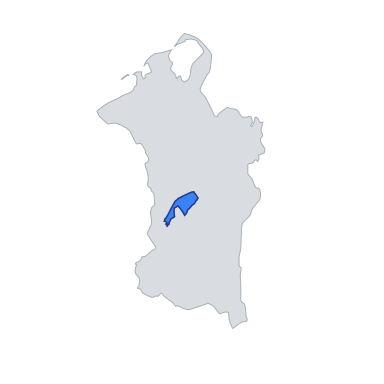 Babadayhan, Ahal, Turkmenistan shown in context, rotated 58°
{"feature_id": "10190150B42989304972975", "entity_name": "Babadayhan", "entity_type": "district", "adm_level": 2, "iso_a3": "TKM", "parent_name": "Turkmenistan", "parent_adm1": "Ahal", "projection": "albers", "projection_center": [60.205, 38.26], "detail": "fine", "context": "in_parent", "style": "filled", "palette": "blue", "viewbox_px": 384, "rotation_deg": 58, "n_neighbors": 0, "source": "geoboundaries", "source_scale": "gbopen_adm2", "svg_char_len": 4835}
<svg xmlns="http://www.w3.org/2000/svg" viewBox="0 0 384 384"><g transform="rotate(58 192 192)"><path d="M119.5,130.4L134.8,131.9L139.4,132.7L141.5,130.6L141.4,130.0L140.7,129.5L139.6,127.9L138.9,117.5L140.3,116.1L141.9,115.1L144.2,111.9L145.4,110.9L147.1,110.1L152.9,110.1L155.4,109.5L157.6,105.8L158.0,103.7L159.7,102.0L160.5,102.1L164.4,103.6L165.3,104.4L166.5,107.1L168.0,107.0L168.2,106.5L168.1,105.9L167.0,104.2L164.6,101.1L162.2,99.1L162.1,98.5L164.1,97.0L168.2,97.7L169.3,97.2L170.4,94.8L175.7,100.4L176.7,101.0L181.1,101.8L181.8,102.5L183.2,105.8L184.7,106.6L186.5,107.2L194.3,107.4L196.7,109.5L197.1,110.1L196.6,111.6L196.5,114.5L195.8,115.6L196.2,116.1L199.0,117.3L200.6,119.2L200.8,120.0L200.3,120.5L199.0,120.2L198.4,121.1L198.4,122.6L199.3,124.0L199.6,125.3L198.2,128.3L198.2,129.6L198.6,130.3L205.7,134.8L206.8,135.0L213.6,134.1L214.9,134.6L220.9,135.6L222.5,135.4L223.7,133.9L224.7,133.3L225.8,133.3L228.6,134.2L231.6,136.1L233.7,137.8L234.7,139.4L237.6,148.2L239.5,151.8L241.7,153.7L243.2,157.1L244.7,164.6L245.6,166.2L248.9,169.1L266.2,180.9L271.5,186.2L279.6,191.2L282.5,190.5L289.0,195.8L293.1,197.8L298.4,200.9L309.6,208.0L311.9,208.2L314.4,206.9L316.7,207.4L320.9,209.2L325.5,211.8L329.3,212.6L330.4,213.8L330.5,214.5L328.7,218.4L328.7,223.2L329.4,229.6L328.3,229.8L320.8,228.5L313.6,224.9L312.0,226.3L311.3,227.7L309.8,233.3L300.4,234.2L295.0,237.2L290.7,255.4L289.7,257.7L286.7,260.8L281.3,263.9L280.5,265.1L280.4,266.2L279.7,266.6L276.6,266.7L265.2,271.0L262.6,271.1L261.6,271.5L261.2,272.2L262.6,275.7L261.6,276.8L260.9,278.6L260.4,281.8L252.8,286.8L251.2,287.5L248.1,287.1L246.5,287.6L244.9,289.2L244.1,288.8L243.7,287.2L242.9,286.2L238.0,282.4L232.5,283.1L230.4,282.8L228.8,282.2L226.2,279.9L224.6,277.8L222.9,278.1L222.4,277.1L222.3,275.9L222.8,274.5L222.6,271.8L221.6,269.8L220.5,269.0L221.7,265.8L221.7,263.5L220.9,261.0L220.5,257.3L220.7,253.7L219.7,252.0L203.7,252.2L197.9,243.8L195.6,241.8L187.7,238.3L185.6,236.4L183.8,234.3L183.4,231.4L182.5,229.7L181.3,229.5L175.2,226.1L172.7,225.2L169.3,226.0L167.3,225.0L165.0,226.2L164.0,226.3L161.5,225.4L158.4,222.4L155.9,221.1L150.5,219.0L146.7,218.3L143.3,217.1L143.0,216.7L143.0,214.1L142.5,213.0L141.6,211.8L140.3,210.8L134.5,210.7L131.9,209.6L129.8,209.4L125.2,209.4L123.7,210.0L122.8,210.8L122.1,213.2L121.6,213.6L117.1,213.4L107.7,212.4L103.6,213.5L97.3,216.9L93.6,219.9L92.4,221.3L90.0,226.8L89.0,227.5L87.8,228.1L86.5,228.2L80.7,230.0L78.5,230.4L72.9,229.8L72.1,221.3L72.1,214.7L73.3,205.6L73.4,199.7L75.0,190.9L74.8,188.7L72.2,184.5L72.0,181.8L70.3,181.5L67.6,179.0L64.9,177.9L63.6,177.8L62.3,178.3L61.2,179.6L60.8,177.5L60.9,175.3L63.5,170.9L64.7,172.4L66.4,173.0L70.6,173.0L70.3,171.5L68.2,169.7L68.0,167.7L68.3,165.6L69.0,163.6L68.4,162.8L67.4,162.2L65.2,162.1L59.3,160.9L58.5,163.2L59.9,166.4L57.4,162.7L55.9,158.9L55.1,154.6L55.2,150.0L58.1,142.9L60.6,134.0L62.5,138.0L64.1,139.8L67.6,141.1L69.4,141.0L71.3,140.1L73.1,140.6L75.7,144.7L77.8,145.3L82.1,144.1L84.2,143.9L85.9,144.7L87.7,144.8L87.0,142.9L86.8,141.1L87.9,140.2L91.2,141.4L93.9,140.6L94.4,140.1L94.8,138.6L94.6,135.5L94.1,134.2L92.6,132.3L87.0,127.6L85.1,125.7L83.6,123.4L81.5,114.3L79.9,108.5L79.1,107.7L75.7,107.0L69.2,107.9L66.9,107.4L65.8,108.0L63.0,110.2L61.6,112.1L59.5,116.7L60.7,118.3L59.0,126.1L59.4,129.5L59.1,129.7L57.5,125.4L55.2,121.0L53.5,114.4L57.7,110.6L61.3,107.9L64.9,105.9L68.7,104.7L77.2,103.0L81.8,102.5L85.5,102.6L88.2,104.2L95.6,109.8L98.8,112.9L99.7,114.1L100.5,116.9L105.7,126.2L106.9,127.6L109.0,130.6L111.1,131.5L119.5,130.4ZM59.4,191.3L59.1,192.5L58.3,188.8L58.1,184.8L58.9,183.7L59.6,183.9L58.8,185.2L59.4,191.3Z" fill="#d9dde1" stroke="#a8b0b8" stroke-width="1"/><path d="M203.6,199.7L203.2,198.7L203.3,198.0L203.3,197.9L203.2,196.5L202.9,195.8L202.8,195.6L202.8,195.4L201.4,192.9L201.5,192.2L200.3,190.1L195.0,190.2L194.5,190.6L194.4,190.6L193.4,190.4L192.9,190.3L192.3,191.4L191.9,192.5L191.7,193.5L191.0,198.8L190.6,202.4L190.5,203.8L190.2,207.3L190.3,207.7L190.6,208.6L190.7,209.0L190.7,209.8L190.9,211.3L194.6,217.9L195.1,218.7L198.7,224.8L200.1,227.6L200.5,228.3L200.5,229.5L201.2,230.0L201.3,230.1L202.2,231.0L202.7,230.3L203.0,229.9L204.6,229.7L204.6,229.8L204.8,230.3L205.2,230.9L205.5,231.1L205.6,230.0L205.7,229.9L206.0,230.0L206.6,230.1L206.7,230.5L206.8,230.7L207.1,231.1L207.9,231.2L207.9,230.8L207.8,230.6L207.4,230.1L207.3,229.9L206.9,229.3L207.1,228.4L206.9,228.2L206.3,228.1L205.6,227.1L204.8,225.7L203.8,224.6L203.7,219.8L202.9,219.5L202.2,219.2L199.2,217.6L196.3,215.7L196.3,214.6L196.4,214.2L196.4,213.8L196.4,213.3L196.2,212.0L196.3,211.6L196.4,211.2L196.5,211.2L197.8,211.1L198.3,211.0L198.8,210.8L199.6,210.7L200.5,210.6L201.3,210.6L203.6,210.4L204.0,210.5L204.2,210.4L207.9,210.6L207.3,208.5L206.6,207.2L204.7,204.9L204.8,204.0L204.5,202.6L203.6,199.8L203.6,199.7Z" fill="#3b82f6" stroke="#1e3a8a" stroke-width="1.5"/></g></svg>